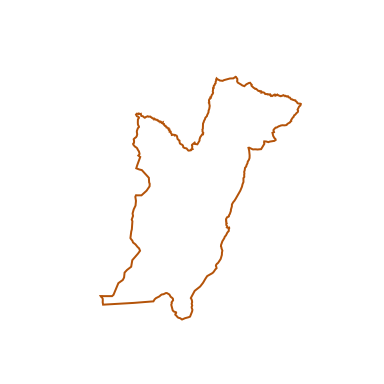 Izvoarele Sucevei, Suceava, Romania, rotated 321°
{"feature_id": "2599482B77536964142988", "entity_name": "Izvoarele Sucevei", "entity_type": "district", "adm_level": 2, "iso_a3": "ROU", "parent_name": "Romania", "parent_adm1": "Suceava", "projection": "equal_earth", "projection_center": [25.231, 47.765], "detail": "fine", "context": "isolated", "style": "outline", "palette": "amber", "viewbox_px": 384, "rotation_deg": 321, "n_neighbors": 0, "source": "geoboundaries", "source_scale": "gbopen_adm2", "svg_char_len": 6102}
<svg xmlns="http://www.w3.org/2000/svg" viewBox="0 0 384 384"><g transform="rotate(321 192 192)"><path d="M150.9,266.9L157.0,267.9L158.6,267.7L161.6,266.8L163.1,266.7L163.7,265.7L164.0,264.6L164.5,264.0L166.0,263.5L167.7,263.5L172.1,262.1L175.6,259.7L177.2,257.9L178.7,256.7L179.5,254.3L180.1,253.4L180.2,252.6L181.2,251.5L184.6,249.4L188.0,248.2L189.3,247.4L191.1,247.1L193.9,245.8L196.1,245.4L197.1,244.1L198.1,243.6L198.4,243.1L197.5,242.8L197.0,241.8L197.3,241.8L197.3,241.4L197.7,241.0L197.9,239.2L198.9,238.0L199.3,238.1L199.7,236.7L200.2,236.1L200.4,236.1L200.5,235.6L201.0,235.2L201.1,234.8L201.4,234.5L203.3,233.7L204.9,234.2L205.4,234.1L205.8,233.5L207.5,232.9L210.4,231.1L211.0,230.3L213.9,228.3L215.2,226.8L217.5,225.9L219.5,225.5L221.3,224.9L230.3,221.4L234.2,219.3L236.1,217.8L238.3,216.6L240.7,213.6L242.1,213.2L243.4,211.4L244.2,210.8L245.2,209.2L246.6,208.3L248.4,206.6L250.2,206.3L251.1,205.5L253.2,204.6L254.4,203.5L256.5,202.8L258.1,201.8L259.9,199.7L262.4,195.9L263.7,193.2L264.3,193.5L266.1,197.2L268.5,199.0L269.5,200.1L272.7,202.2L278.5,200.1L279.3,198.7L280.0,198.1L281.4,199.4L282.7,201.3L284.2,201.8L288.2,204.1L289.8,204.2L290.2,203.3L290.0,201.8L290.4,199.5L291.8,196.6L293.4,197.1L294.2,195.2L295.1,194.9L297.3,194.6L297.8,194.7L298.3,195.2L300.8,195.5L301.5,195.9L302.6,196.1L304.3,197.0L305.8,198.4L307.3,199.3L308.2,199.4L308.9,199.1L312.2,199.6L312.7,199.2L313.8,199.3L314.1,198.7L314.5,198.4L317.4,197.5L318.1,197.6L319.7,196.7L320.8,196.9L323.0,196.4L324.2,196.5L324.9,196.2L325.6,195.6L325.8,194.5L329.0,193.0L330.5,193.0L331.0,192.8L332.0,192.1L331.9,191.7L330.3,190.1L329.9,189.4L330.1,188.1L330.0,187.2L329.7,186.6L330.0,185.8L328.5,184.1L328.3,183.3L327.5,182.4L327.3,181.6L327.5,180.6L327.4,180.0L326.6,179.2L326.8,177.9L325.8,177.5L325.8,177.2L325.3,176.4L324.7,176.2L324.8,175.6L324.1,175.0L323.9,174.2L322.4,173.9L321.7,173.4L321.5,173.5L320.9,173.1L320.5,172.1L320.1,171.6L319.9,170.8L319.2,170.4L319.4,170.0L317.5,169.6L318.0,168.8L317.4,168.2L314.8,167.9L314.6,167.4L313.8,167.2L313.7,166.9L314.2,165.8L314.2,165.3L313.4,165.1L313.2,164.4L312.3,164.0L312.1,163.2L311.1,162.5L310.5,161.7L310.7,160.6L310.3,159.7L309.5,158.9L308.5,158.5L309.1,157.8L309.2,157.4L308.1,156.7L308.3,156.1L307.2,155.2L306.8,152.3L306.0,151.7L306.1,151.2L305.5,149.9L305.1,147.0L305.3,146.5L305.9,146.2L305.8,144.9L305.9,143.7L304.9,143.1L302.0,142.5L299.3,142.7L298.1,140.7L297.8,139.5L296.4,135.7L296.8,134.2L297.7,133.6L298.5,132.3L298.4,131.5L298.6,130.3L298.4,129.9L295.6,129.7L293.0,127.7L287.3,125.2L285.8,124.9L283.8,122.9L283.7,122.3L283.3,121.7L282.7,120.1L282.6,119.2L281.6,119.7L281.5,120.1L281.0,120.6L280.0,121.0L278.7,122.4L277.9,122.4L276.9,123.1L275.9,123.1L274.9,124.1L274.3,124.2L274.3,124.8L273.5,124.8L273.2,125.3L271.2,127.2L270.9,128.1L270.0,128.7L268.5,129.0L266.6,130.2L265.8,129.9L265.4,130.3L265.4,130.8L264.3,130.9L264.0,130.8L263.0,131.3L262.3,132.2L262.1,133.0L261.2,133.3L260.9,134.7L260.4,135.2L260.0,136.2L257.8,138.2L256.1,139.2L254.9,140.5L252.1,141.8L251.4,142.4L249.1,142.7L248.0,143.5L245.7,144.5L245.2,145.0L243.7,145.7L240.2,149.7L239.4,150.0L238.6,151.3L238.3,151.5L238.1,152.0L238.0,153.1L237.3,153.5L237.2,153.9L236.9,154.1L236.7,153.9L236.6,154.1L235.6,153.8L232.9,154.6L230.9,155.9L230.2,156.8L226.2,158.3L224.4,156.4L225.0,155.7L225.1,155.3L222.2,155.3L221.6,155.4L221.2,155.9L221.1,156.5L219.7,158.0L219.5,159.0L218.0,158.4L217.7,158.5L217.6,158.9L217.4,158.9L215.5,157.8L215.2,157.3L215.2,154.7L213.9,153.1L213.4,151.8L214.1,150.4L214.2,149.7L214.0,148.9L213.3,147.4L213.2,146.6L214.0,144.9L214.6,144.2L214.3,143.4L214.4,142.8L214.1,142.0L214.7,140.5L215.3,139.6L215.5,138.5L214.9,137.6L214.3,137.3L214.6,136.9L213.6,135.8L212.2,135.0L212.7,134.2L212.7,132.8L213.1,131.9L212.8,131.5L213.2,131.4L213.0,131.1L213.3,130.7L213.2,130.2L213.6,129.6L213.3,129.5L213.4,129.4L213.2,128.9L213.5,128.7L213.4,128.2L213.9,127.9L213.3,126.8L213.4,126.5L213.3,126.2L212.8,125.8L213.0,125.3L212.9,124.6L213.1,124.0L212.6,123.6L212.7,123.0L212.5,122.7L212.6,122.0L213.0,121.5L212.6,121.0L212.7,120.5L212.4,120.4L212.3,119.7L212.8,119.4L212.0,119.2L212.1,118.0L212.0,117.6L211.3,117.6L211.4,117.2L211.1,116.4L210.7,116.3L210.6,116.0L210.4,115.2L210.6,114.8L210.1,114.3L210.2,113.8L209.2,112.8L209.2,112.3L209.0,112.1L208.9,111.4L208.3,111.5L208.4,111.0L208.0,110.6L208.1,110.3L207.5,109.3L207.5,108.6L207.1,107.9L207.1,107.2L205.5,106.0L205.3,105.3L203.5,104.7L202.1,104.6L201.8,103.9L201.5,102.2L200.5,101.0L201.4,99.1L201.0,99.0L200.2,98.1L199.7,97.9L199.9,97.4L199.0,97.1L198.4,96.4L197.2,96.6L196.9,98.4L197.7,100.2L197.6,100.8L197.0,101.2L195.7,101.5L193.8,103.7L192.6,105.3L192.2,106.3L192.0,107.6L191.7,108.1L190.0,108.4L187.7,109.8L187.0,110.5L185.7,112.7L184.2,113.8L183.1,114.2L181.4,114.1L179.9,114.3L179.1,115.9L178.1,117.0L177.6,117.4L176.7,117.4L176.4,117.7L176.2,118.4L176.2,120.7L176.8,122.6L176.9,123.7L176.5,124.7L176.3,127.0L175.4,129.1L174.9,129.6L173.2,129.9L173.8,132.2L166.3,136.7L163.6,138.5L165.2,141.3L166.8,143.4L167.4,153.8L164.7,157.6L164.3,159.0L162.6,160.9L157.5,162.4L150.6,162.8L146.4,159.3L144.9,160.1L142.9,163.6L139.6,167.0L135.8,168.8L132.3,171.3L131.1,173.5L127.8,175.5L127.3,177.2L121.8,183.1L119.9,184.5L115.2,189.0L115.0,189.5L115.0,192.3L114.4,194.1L115.1,197.1L115.1,200.6L115.4,202.5L114.6,205.0L111.2,205.9L102.7,207.4L97.7,211.8L92.4,211.7L88.9,212.2L85.4,215.7L82.9,216.8L77.4,216.5L66.3,222.5L64.3,222.6L55.5,215.4L55.4,216.0L55.7,217.4L55.4,218.8L54.7,219.8L53.2,221.5L52.0,223.6L76.9,241.5L93.2,252.7L95.4,251.9L97.2,251.8L100.9,252.6L103.0,252.5L104.2,252.7L105.5,253.5L108.1,254.1L108.9,254.8L109.9,257.4L109.5,260.0L110.0,262.0L110.0,262.9L109.2,264.2L106.7,264.9L106.3,265.7L104.9,266.6L102.5,271.9L102.6,273.3L103.9,275.5L103.6,276.0L102.2,276.4L101.8,276.8L102.0,278.3L102.0,279.7L102.2,281.0L103.4,282.7L104.0,284.8L107.2,285.7L110.6,287.2L112.1,287.6L116.9,284.9L118.2,283.8L118.9,281.8L119.4,281.1L120.7,280.4L121.4,278.7L122.8,277.7L123.6,276.4L124.1,275.2L124.3,273.7L131.9,270.5L138.8,270.6L143.5,269.5L148.0,267.8L150.9,266.9Z" fill="none" stroke="#b45309" stroke-width="2"/></g></svg>